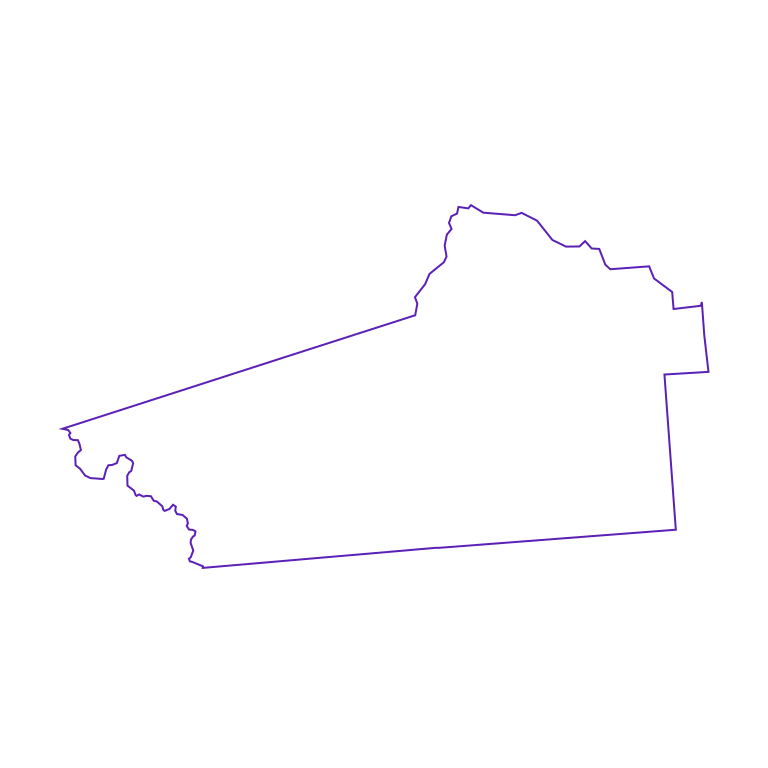 outline of Clearwater, Idaho, United States of America, rotated 175°
{"feature_id": "52423323B35021459079911", "entity_name": "Clearwater", "entity_type": "district", "adm_level": 2, "iso_a3": "USA", "parent_name": "United States of America", "parent_adm1": "Idaho", "projection": "orthographic", "projection_center": [-115.257, 46.6], "detail": "fine", "context": "isolated", "style": "outline", "palette": "violet", "viewbox_px": 768, "rotation_deg": 175, "n_neighbors": 0, "source": "geoboundaries", "source_scale": "gbopen_adm2", "svg_char_len": 1455}
<svg xmlns="http://www.w3.org/2000/svg" viewBox="0 0 768 768"><g transform="rotate(175 384 384)"><path d="M59.7,367.8L60.7,404.6L60.2,438.0L61.6,434.3L89.0,433.5L88.9,450.5L105.8,465.6L109.6,478.1L148.6,478.6L153.1,483.6L157.8,499.8L165.3,500.9L171.2,508.8L177.3,504.0L190.7,505.0L203.7,512.8L217.3,533.4L232.0,542.5L238.7,540.7L270.1,546.0L281.8,554.6L284.7,551.6L294.4,553.9L296.4,547.4L302.3,545.2L305.2,538.8L303.2,532.6L308.4,527.3L311.5,516.5L310.6,505.5L313.7,500.1L329.1,489.7L334.3,479.9L345.6,467.8L343.8,461.1L346.9,449.8L480.5,419.4L708.3,367.4L702.6,365.7L700.7,362.5L702.3,360.7L701.2,356.9L698.5,355.3L693.8,354.7L692.6,350.9L691.7,344.6L694.9,342.4L697.9,338.7L698.3,329.9L694.2,326.1L689.7,318.8L684.5,315.8L679.9,315.1L672.6,313.9L671.5,314.0L668.3,322.9L665.6,327.1L662.1,327.0L657.1,328.5L653.9,335.5L648.3,336.0L647.2,333.5L641.7,329.4L640.8,326.9L643.4,319.4L645.6,318.2L647.8,314.9L648.4,305.1L642.4,299.6L641.0,294.8L640.1,294.1L637.6,295.3L633.5,292.8L630.2,293.3L626.0,292.5L623.5,287.7L620.7,286.9L615.4,281.4L614.9,278.1L613.7,276.7L608.6,278.2L604.7,282.1L602.1,280.0L603.0,275.9L601.6,272.5L596.1,271.1L592.1,267.0L591.5,262.2L592.9,259.9L590.9,256.0L587.1,255.3L584.6,253.6L585.8,249.6L587.7,248.6L589.9,245.8L590.5,242.5L588.5,234.7L591.6,228.3L593.6,226.8L592.7,224.2L590.2,223.3L580.2,218.1L580.6,216.6L346.1,216.3L344.0,216.0L106.0,213.4L103.8,369.0L59.7,367.8Z" fill="none" stroke="#5b21b6" stroke-width="2"/></g></svg>